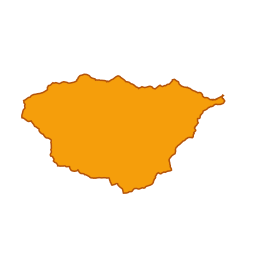 outline of Pipirig, Neamt, Romania, rotated 346°
{"feature_id": "2599482B8235674515864", "entity_name": "Pipirig", "entity_type": "district", "adm_level": 2, "iso_a3": "ROU", "parent_name": "Romania", "parent_adm1": "Neamt", "projection": "robinson", "projection_center": [26.056, 47.218], "detail": "fine", "context": "isolated", "style": "filled", "palette": "amber", "viewbox_px": 256, "rotation_deg": 346, "n_neighbors": 0, "source": "geoboundaries", "source_scale": "gbopen_adm2", "svg_char_len": 5772}
<svg xmlns="http://www.w3.org/2000/svg" viewBox="0 0 256 256"><g transform="rotate(346 128 128)"><path d="M138.8,187.5L139.7,186.4L139.8,185.8L141.0,184.4L141.0,184.1L142.2,183.4L142.9,182.4L142.8,181.6L144.5,180.1L144.6,179.7L145.3,179.2L146.3,179.0L146.6,178.7L147.1,179.1L147.6,179.8L148.8,180.4L149.7,180.0L152.1,179.4L153.4,180.0L155.9,179.5L157.8,179.7L159.1,179.7L160.0,179.4L160.0,178.9L160.2,178.4L159.8,176.5L159.6,176.0L160.0,174.4L159.8,173.3L160.0,172.4L160.1,171.0L159.9,169.8L159.9,169.6L160.3,169.2L160.2,168.8L160.2,168.5L161.8,167.0L162.9,166.3L163.5,165.7L165.9,164.7L167.4,164.3L168.7,161.8L168.7,161.5L168.6,161.0L168.9,160.2L169.8,158.7L170.3,158.3L171.2,158.0L171.8,157.3L172.3,157.1L174.6,156.2L175.3,155.6L176.0,155.4L177.4,154.5L177.7,154.2L178.4,154.0L179.1,154.0L179.8,153.7L180.8,153.4L181.9,152.5L182.8,152.4L183.7,151.9L185.1,152.0L185.8,152.1L186.1,152.3L187.3,152.5L187.5,152.8L187.8,153.0L188.6,152.8L189.0,152.1L189.3,151.9L189.7,150.3L190.8,149.4L190.6,148.7L190.7,148.4L193.0,147.0L193.2,146.4L192.5,144.5L192.6,143.9L193.0,143.3L193.3,143.1L193.5,143.2L193.8,142.7L195.2,141.9L196.4,140.6L197.2,140.2L197.4,140.0L197.2,139.4L197.2,139.1L197.1,138.3L197.3,137.6L197.4,136.8L197.8,135.7L198.1,135.7L198.4,135.8L199.1,136.0L199.9,135.9L200.6,135.0L200.7,134.5L201.4,133.0L202.2,132.8L202.5,132.4L204.2,131.3L205.0,129.8L205.3,129.6L207.7,129.2L209.3,128.7L211.1,127.6L212.1,127.7L213.3,127.1L214.2,127.5L215.8,127.3L217.5,126.3L218.4,126.2L218.9,126.2L219.7,126.4L220.3,126.8L223.7,127.5L224.5,127.3L226.0,127.2L226.8,126.8L227.1,126.6L227.6,125.9L227.9,125.7L228.1,125.3L228.3,125.3L228.4,125.2L227.5,122.6L226.8,122.3L226.8,120.4L228.4,119.6L227.9,119.0L227.3,119.7L224.4,120.5L221.3,121.1L220.9,121.2L221.0,121.5L219.7,121.7L219.6,121.4L218.1,121.5L217.7,121.3L217.7,121.0L217.3,121.0L217.0,121.4L217.1,121.6L216.7,121.3L216.8,121.2L216.7,120.9L216.6,120.7L214.7,120.4L214.4,120.2L213.9,119.7L213.2,118.6L212.1,117.7L211.6,117.5L209.7,117.1L208.8,116.3L208.5,115.6L208.1,115.2L208.1,114.9L208.3,113.6L207.5,111.9L207.0,111.3L206.0,110.8L204.1,110.6L203.9,110.3L203.2,109.6L202.5,109.2L202.2,108.7L199.7,107.1L199.2,106.4L198.5,105.7L197.6,104.5L196.3,103.9L195.6,102.9L194.9,103.0L194.6,102.7L192.3,101.9L190.9,100.8L190.3,100.6L190.1,100.2L189.8,100.1L189.5,99.5L188.4,98.0L188.2,97.4L188.2,95.9L188.1,95.4L186.0,93.5L185.6,92.8L184.8,92.0L182.7,92.0L182.4,92.7L182.3,93.1L182.0,93.3L181.3,93.6L181.0,93.9L178.8,95.4L176.6,95.2L174.8,96.1L174.3,95.8L173.4,95.7L172.4,96.0L171.4,96.1L170.3,95.4L169.7,94.4L169.1,94.3L167.7,94.8L166.3,95.5L164.9,96.1L163.9,96.6L163.0,96.2L161.9,95.4L161.7,95.1L161.5,94.5L161.1,93.8L159.6,92.9L158.6,92.7L155.7,92.9L153.9,92.8L153.3,92.4L152.6,92.1L151.5,91.3L150.5,91.7L149.3,91.8L147.8,92.2L147.5,91.3L146.7,90.6L146.0,90.4L145.6,89.8L145.5,89.4L144.3,88.2L144.3,87.8L142.8,86.4L141.7,85.9L140.3,84.1L139.8,83.7L138.5,83.1L138.3,82.9L137.2,82.6L136.1,80.6L134.3,78.4L133.9,78.1L133.6,77.6L133.0,77.1L132.9,76.6L132.5,76.0L131.4,75.2L130.6,75.0L128.8,75.4L126.9,76.2L125.5,76.9L123.5,77.2L120.6,78.3L120.0,78.2L119.8,77.6L119.6,77.6L118.6,78.0L118.3,77.2L117.0,76.4L114.0,75.4L112.4,75.0L111.7,74.4L110.2,74.2L109.0,73.7L108.1,73.7L108.0,73.4L108.0,72.6L107.9,72.4L105.4,71.0L104.0,69.8L103.4,68.5L102.9,67.7L100.9,66.1L98.6,65.3L98.0,65.3L96.1,65.6L95.0,65.5L94.0,65.6L91.9,67.0L91.7,67.7L91.1,68.2L90.2,68.7L89.6,69.9L86.9,70.5L83.7,70.4L82.6,70.4L81.6,70.2L80.8,69.9L80.0,69.1L78.8,68.5L76.9,67.6L75.0,67.7L74.3,67.8L73.6,68.2L71.9,68.3L69.0,66.5L67.0,66.6L66.1,65.9L64.6,66.7L63.7,67.3L62.9,67.7L61.0,67.6L60.5,68.5L59.7,68.9L59.5,69.5L59.2,71.1L59.0,71.3L58.3,71.7L55.8,72.5L53.5,73.1L52.8,73.0L51.1,73.2L48.7,72.9L46.3,72.9L45.1,72.7L44.5,72.7L42.8,73.0L41.7,73.4L41.3,73.7L40.5,74.4L39.3,74.3L38.3,74.5L35.0,75.9L34.7,75.9L34.4,76.0L33.6,76.1L33.7,76.3L33.2,77.6L33.2,78.5L33.4,79.2L33.8,79.8L33.9,80.1L33.7,80.5L33.1,81.3L32.9,82.6L33.0,83.6L30.8,85.2L30.0,86.5L29.0,88.5L28.6,89.0L28.1,90.0L27.6,91.8L27.9,92.1L27.7,92.5L28.9,93.1L29.7,93.9L30.3,94.6L30.4,95.1L31.2,95.6L31.6,96.4L32.8,97.5L33.5,97.7L35.7,97.7L35.7,98.3L36.1,98.8L36.8,100.6L37.0,100.9L37.4,101.9L37.7,103.5L37.9,103.9L38.9,104.5L40.5,106.5L41.0,106.8L41.4,107.2L41.4,107.8L41.2,108.4L41.1,109.3L41.9,111.4L43.0,112.6L43.4,113.1L44.3,113.6L44.7,115.2L44.9,115.4L45.1,116.2L46.1,117.6L46.3,117.8L47.9,118.4L48.5,118.7L50.2,120.4L50.5,120.9L50.4,122.0L49.6,123.6L49.6,123.9L49.8,124.8L49.5,125.3L49.5,126.2L49.2,126.8L49.1,127.7L48.9,128.1L48.9,128.9L47.9,130.4L48.0,131.6L47.9,132.7L47.5,133.4L46.3,134.8L46.1,135.4L46.2,136.5L47.1,136.9L48.0,137.7L48.0,138.5L48.7,140.2L48.4,140.9L47.8,141.6L47.6,142.0L48.2,142.7L48.3,143.3L48.5,143.5L49.6,144.3L50.0,144.8L50.7,146.4L50.8,147.0L50.6,147.7L51.7,148.0L52.7,148.5L54.1,148.8L56.0,149.3L56.9,149.3L57.9,149.7L58.6,150.6L61.1,151.1L61.9,151.3L61.9,153.0L62.1,154.0L62.3,154.8L63.0,155.7L63.5,156.1L65.5,157.0L66.4,157.1L68.2,157.2L68.6,157.0L69.1,156.5L69.3,156.5L70.2,159.5L71.4,160.8L73.1,161.3L74.1,161.8L74.3,162.0L74.6,162.8L75.5,163.0L76.2,163.5L78.7,165.8L79.2,166.7L80.0,167.4L81.6,167.9L82.3,168.3L83.0,168.4L85.0,168.9L85.9,168.8L86.5,169.0L87.9,169.1L90.3,170.0L92.7,170.4L94.9,171.1L95.3,171.5L96.8,171.6L97.4,171.8L97.6,172.4L97.6,174.0L97.8,175.2L97.8,176.4L98.2,177.5L98.3,179.1L98.7,179.6L101.7,179.5L102.8,179.1L103.4,179.2L104.4,179.5L104.5,179.7L104.4,180.4L104.6,181.2L106.0,183.5L107.8,185.7L107.9,186.9L107.8,189.3L107.8,190.1L110.8,190.7L112.7,190.6L113.7,190.1L115.6,190.5L116.3,190.5L116.7,190.3L118.3,189.0L119.6,188.3L121.9,188.8L122.9,189.5L123.9,189.9L126.4,189.6L127.4,189.4L128.3,190.0L129.5,190.2L130.2,190.0L130.5,189.5L131.1,189.2L132.3,189.0L135.7,188.8L137.7,188.3L138.8,187.5Z" fill="#f59e0b" stroke="#b45309" stroke-width="1.5"/></g></svg>